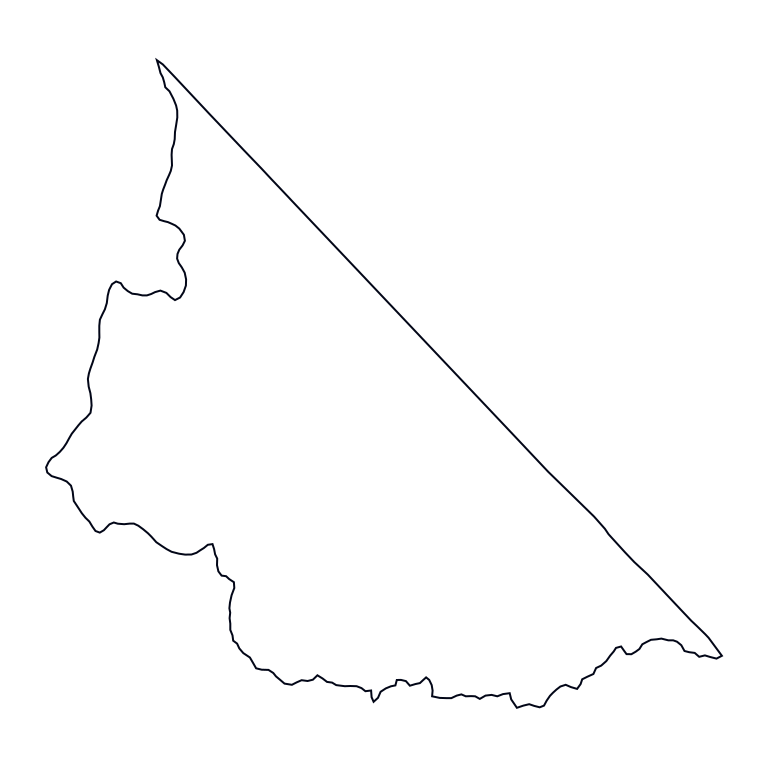 Ninheira, Minas Gerais, Brazil
{"feature_id": "56859067B21814552382034", "entity_name": "Ninheira", "entity_type": "district", "adm_level": 2, "iso_a3": "BRA", "parent_name": "Brazil", "parent_adm1": "Minas Gerais", "projection": "natural_earth1", "projection_center": [-41.689, -15.315], "detail": "fine", "context": "isolated", "style": "outline", "palette": "ink", "viewbox_px": 768, "rotation_deg": 0, "n_neighbors": 0, "source": "geoboundaries", "source_scale": "gbopen_adm2", "svg_char_len": 3576}
<svg xmlns="http://www.w3.org/2000/svg" viewBox="0 0 768 768"><path d="M604.9,528.8L594.1,516.6L555.1,478.5L548.1,471.7L513.9,435.4L350.0,262.2L292.3,201.3L284.7,193.2L271.5,179.3L261.9,169.0L244.9,151.3L208.9,113.4L174.9,77.1L162.8,64.4L156.9,60.2L158.9,66.9L160.5,73.1L162.8,77.4L164.2,82.2L165.3,87.3L169.5,91.3L173.4,98.8L176.1,105.5L177.2,110.6L177.3,117.5L176.1,125.3L175.0,132.0L174.7,139.2L173.8,144.1L172.0,149.1L171.6,154.8L171.8,160.0L172.0,165.5L170.8,170.9L169.0,175.2L166.7,180.2L165.1,184.6L163.2,189.5L161.8,193.9L160.9,199.8L159.9,206.2L158.1,210.6L156.6,215.7L159.6,219.8L164.2,221.2L167.9,222.1L171.8,223.8L175.4,225.5L179.3,228.6L183.9,234.8L184.9,240.8L182.6,245.4L179.3,249.7L177.5,254.0L177.1,258.6L178.8,263.1L181.8,267.4L184.7,272.7L186.1,279.4L185.9,285.6L183.6,292.1L180.1,297.5L175.0,300.1L170.6,297.1L166.4,292.9L160.4,290.6L155.1,292.1L151.2,294.0L146.9,295.4L142.4,295.4L137.5,294.3L132.2,293.7L127.8,291.1L123.6,287.6L120.8,283.2L116.1,281.5L112.0,284.2L109.1,289.9L107.7,295.7L106.8,303.1L104.9,309.3L102.4,314.3L99.9,319.7L99.3,325.8L99.3,331.9L99.4,337.6L98.6,343.1L97.2,349.5L94.4,356.8L92.6,362.5L90.4,368.6L88.9,373.5L87.9,379.0L88.7,386.7L90.4,393.2L91.2,399.5L91.6,405.6L90.5,412.8L86.3,417.6L81.7,421.5L78.5,425.2L75.2,429.4L71.8,433.7L69.3,438.0L66.4,443.3L63.4,447.8L59.8,451.9L55.8,455.5L51.7,457.9L48.5,462.2L46.1,467.3L47.3,472.5L51.6,476.1L56.7,477.7L61.1,479.0L66.7,481.5L71.0,485.7L72.7,491.6L73.2,496.5L73.8,501.0L77.5,506.6L81.8,513.2L85.5,517.8L89.4,521.6L92.4,526.6L95.5,531.0L99.8,532.6L103.9,530.2L106.7,527.2L109.5,524.3L113.8,522.5L117.8,523.7L124.2,524.2L129.8,523.6L133.9,523.6L138.3,525.7L143.1,529.2L147.9,533.2L151.4,536.7L156.3,542.2L162.3,546.3L166.6,549.1L171.6,551.8L179.0,553.7L185.1,554.6L191.5,554.5L196.5,552.8L200.4,550.2L203.9,548.0L207.8,544.8L212.5,544.1L214.1,549.1L215.1,554.3L217.2,558.6L217.0,565.2L218.4,571.4L221.6,575.6L226.1,576.2L229.2,579.1L233.9,582.2L234.3,588.0L231.6,595.2L230.0,602.5L229.4,608.3L230.2,612.7L229.6,618.2L230.3,623.6L230.3,629.9L232.5,635.4L233.2,640.7L237.1,643.6L239.3,648.4L243.3,653.1L249.9,657.5L253.1,663.0L256.1,668.3L261.7,669.7L268.5,669.9L273.3,673.0L276.0,676.4L280.2,679.9L284.5,683.6L291.9,684.8L296.6,682.4L301.6,680.2L307.6,681.0L312.9,679.7L317.4,675.3L322.6,678.5L327.0,681.9L332.1,682.6L336.2,685.1L340.9,685.7L344.8,686.2L350.3,686.0L356.6,686.2L361.5,688.1L365.4,691.2L371.1,690.5L371.6,697.2L373.6,701.8L378.0,697.8L380.6,691.8L385.8,688.4L390.9,686.3L395.4,685.4L396.8,680.0L400.9,679.9L405.9,681.1L409.9,685.7L415.6,684.0L419.9,683.1L423.0,680.2L426.1,677.4L429.2,679.9L431.7,685.1L432.6,690.6L432.1,696.3L439.7,697.9L445.6,698.1L451.4,698.1L456.7,695.6L461.4,694.4L465.8,696.3L471.2,696.1L475.2,696.3L479.8,698.9L485.5,695.6L491.6,694.9L497.3,696.3L503.0,694.1L509.7,693.2L511.2,699.4L514.0,703.5L516.9,707.8L523.4,705.6L529.2,704.2L534.2,705.9L539.7,707.3L544.0,705.6L546.7,700.6L550.0,695.8L553.0,692.7L556.4,689.6L560.4,686.5L565.7,684.8L571.0,687.1L577.1,688.9L580.6,684.1L582.2,679.3L587.2,676.8L593.4,674.0L596.1,668.0L601.2,665.6L606.3,661.1L610.2,655.6L613.7,651.5L616.0,647.9L621.1,646.5L624.1,650.8L626.5,654.1L631.4,654.2L635.7,651.7L639.4,649.0L642.3,644.3L646.4,642.1L651.0,639.8L656.7,639.3L661.4,638.6L668.2,640.3L673.1,640.3L677.0,641.7L681.3,645.2L684.5,651.0L689.2,652.2L694.7,652.9L699.2,656.8L704.9,655.4L710.2,657.0L716.5,658.6L721.9,655.8L708.6,637.8L705.3,634.3L696.4,625.6L691.3,620.8L680.8,609.7L666.2,594.2L647.8,574.6L634.3,562.1L625.0,552.3L608.6,534.3L604.9,528.8Z" fill="none" stroke="#020617" stroke-width="2"/></svg>